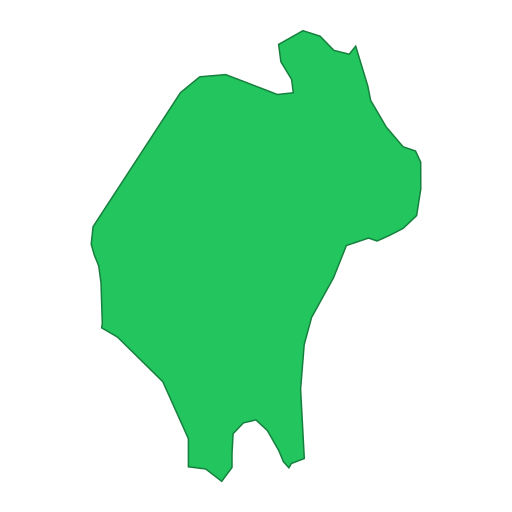 the Statistical Region of Čučer Sandevo
{"feature_id": "MKD-2926", "entity_name": "Čučer Sandevo", "entity_type": "Statistical Region", "adm_level": 1, "iso_a3": "MKD", "parent_name": "North Macedonia", "parent_adm1": "", "projection": "albers", "projection_center": [21.416, 42.134], "detail": "fine", "context": "isolated", "style": "filled", "palette": "green", "viewbox_px": 512, "rotation_deg": 0, "n_neighbors": 0, "source": "natural_earth", "source_scale": "10m", "svg_char_len": 784}
<svg xmlns="http://www.w3.org/2000/svg" viewBox="0 0 512 512"><path d="M349.2,54.2L355.7,46.2L367.8,86.0L370.7,100.5L386.3,127.1L403.1,146.8L415.5,151.0L420.7,162.2L420.8,188.9L416.6,215.6L403.2,228.3L389.5,235.4L377.1,241.0L368.5,238.1L346.4,245.5L333.5,277.8L311.6,317.4L304.2,344.6L300.6,389.2L304.3,458.5L291.4,463.5L288.9,467.8L283.4,461.7L278.8,450.6L267.4,430.6L255.9,419.9L243.4,422.9L233.1,433.7L232.0,453.7L232.0,467.5L221.7,481.3L205.7,469.0L188.4,466.8L188.4,438.7L162.8,381.7L117.5,337.1L101.6,327.8L102.3,323.5L101.0,282.8L98.7,265.8L94.3,255.0L91.2,244.2L93.1,226.6L180.5,92.6L190.6,84.3L199.8,76.8L225.7,74.6L277.4,94.5L293.3,92.8L291.6,79.4L280.9,61.8L278.6,44.4L302.9,30.7L320.1,36.2L333.9,50.4L349.2,54.2Z" fill="#22c55e" stroke="#15803d" stroke-width="1.5"/></svg>